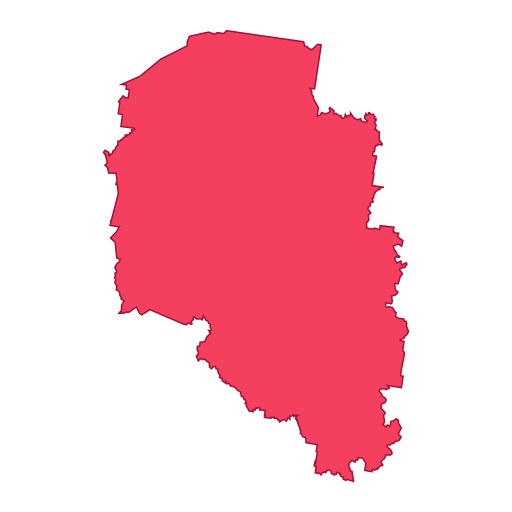 Dubbo, New South Wales, Australia (orthographic projection)
{"feature_id": "25037944B69125352721348", "entity_name": "Dubbo", "entity_type": "district", "adm_level": 2, "iso_a3": "AUS", "parent_name": "Australia", "parent_adm1": "New South Wales", "projection": "orthographic", "projection_center": [148.966, -32.475], "detail": "fine", "context": "isolated", "style": "filled", "palette": "rose", "viewbox_px": 512, "rotation_deg": 0, "n_neighbors": 0, "source": "geoboundaries", "source_scale": "gbopen_adm2", "svg_char_len": 6090}
<svg xmlns="http://www.w3.org/2000/svg" viewBox="0 0 512 512"><path d="M385.6,456.7L385.5,454.7L389.7,455.2L391.6,454.3L392.1,452.9L390.6,449.7L387.3,446.9L387.2,445.3L390.2,444.9L391.6,443.3L393.2,443.6L395.5,441.5L398.9,440.5L401.0,437.5L400.9,436.4L399.0,434.9L398.5,433.3L401.4,428.0L398.5,423.4L398.5,420.5L396.3,418.7L393.5,420.8L390.9,421.4L389.9,426.3L387.3,424.9L386.3,426.9L382.9,424.4L384.6,422.1L383.6,415.6L385.2,412.9L381.3,408.2L381.0,406.1L382.0,403.8L385.2,402.5L386.2,400.0L384.9,397.7L382.9,397.0L381.2,393.3L379.2,391.2L379.3,390.0L382.5,388.6L386.8,389.5L389.6,387.9L387.4,385.4L401.4,387.7L403.2,376.2L400.8,375.8L401.1,371.1L404.5,353.6L403.9,351.7L402.6,350.7L404.1,341.3L400.2,340.6L400.5,339.7L404.4,337.8L404.3,336.9L407.1,334.3L408.5,331.5L406.2,325.3L406.8,324.0L406.3,321.4L404.4,321.1L403.7,318.8L399.1,318.5L396.4,317.1L395.6,316.0L396.2,312.5L394.9,311.7L392.5,307.6L388.7,306.6L386.5,307.4L385.4,306.2L386.3,302.6L390.9,303.9L391.7,303.4L392.3,301.3L391.6,296.0L395.6,295.0L397.5,293.0L397.9,291.7L396.0,290.5L395.2,288.8L394.7,283.4L398.1,283.9L400.3,276.6L402.2,274.4L402.1,272.9L399.9,270.5L399.7,269.2L402.5,267.6L404.6,267.7L406.9,264.3L406.4,262.9L405.4,263.0L401.6,265.0L400.9,261.0L396.9,263.1L395.2,260.0L394.8,257.6L396.2,256.9L399.0,257.5L399.7,256.5L397.0,254.7L396.2,251.8L394.2,249.7L393.3,245.8L398.3,244.2L401.7,246.3L402.9,240.6L397.8,237.0L398.7,233.2L394.2,232.8L394.3,231.8L393.1,231.6L394.0,227.2L380.2,225.6L379.6,229.5L374.2,228.1L373.1,229.1L366.8,228.2L366.6,222.7L368.8,220.3L368.4,214.9L370.9,213.0L367.9,209.0L368.3,207.5L370.5,205.6L370.0,203.1L373.3,201.9L372.1,199.1L373.7,197.6L373.6,196.0L375.4,191.9L378.7,189.3L379.8,189.6L379.8,188.0L383.9,187.3L372.1,185.5L374.0,173.3L373.1,173.2L376.6,156.1L372.6,155.5L373.2,151.5L374.5,151.7L375.3,145.8L377.4,145.6L377.6,144.4L381.8,145.1L382.3,144.2L379.2,139.7L379.4,131.9L377.2,131.1L376.5,129.5L374.9,129.7L376.1,125.2L374.4,121.9L376.2,120.2L376.0,118.7L375.2,119.1L374.2,118.0L375.1,116.6L373.6,115.7L373.7,114.3L371.0,114.4L369.4,112.6L368.4,112.9L368.4,114.6L366.6,115.2L365.9,113.5L364.7,116.0L364.7,118.4L367.4,121.1L366.4,122.1L363.7,121.9L360.9,120.8L360.8,118.6L358.3,119.6L355.9,119.1L353.3,117.2L350.5,112.9L350.5,114.6L349.6,115.6L348.2,115.3L346.6,116.9L345.3,114.4L344.7,117.5L342.1,118.3L341.0,117.0L341.1,115.8L337.5,114.8L336.4,113.4L334.0,113.8L334.0,110.8L330.2,107.6L329.2,108.2L330.1,111.2L328.9,112.5L325.8,113.9L321.6,112.5L320.2,115.1L317.3,115.9L318.5,107.7L313.6,99.1L313.3,96.5L311.9,94.5L311.7,91.2L309.9,88.3L314.6,89.0L321.2,44.9L317.7,44.3L311.9,49.7L308.7,48.4L307.2,46.6L304.8,46.3L303.7,41.8L226.5,30.7L223.8,33.6L217.4,32.6L214.5,34.1L208.6,32.1L189.3,36.3L187.1,42.4L187.3,45.7L160.8,59.1L140.0,76.2L121.4,84.4L126.6,85.1L126.0,89.2L129.4,89.6L128.2,97.9L125.2,97.5L123.0,95.8L118.5,101.7L119.8,102.7L118.2,113.8L122.5,114.6L120.9,126.5L134.2,128.2L134.8,129.4L133.9,130.0L131.5,129.7L132.1,132.6L129.8,132.7L129.6,134.5L127.4,134.6L126.8,135.6L125.3,134.9L125.2,135.7L126.2,136.3L123.2,137.7L122.4,139.6L121.3,139.4L120.1,140.9L117.9,141.2L117.7,145.2L116.1,146.7L115.0,149.8L113.1,150.7L112.4,153.4L110.3,154.3L109.7,155.6L108.4,155.0L109.0,153.1L108.2,151.9L105.0,150.3L103.5,152.3L105.6,155.6L107.2,162.4L106.5,164.1L104.9,165.1L107.5,167.6L108.7,173.1L116.0,173.2L117.3,182.5L116.2,182.5L115.9,184.6L117.4,184.8L118.3,193.6L111.4,220.1L110.7,220.6L111.2,221.2L110.0,225.4L119.3,226.8L116.0,232.3L110.5,238.0L115.1,242.2L116.8,258.2L120.1,259.3L119.1,261.9L116.8,263.7L114.8,267.5L116.5,271.1L116.3,272.5L114.9,273.3L115.5,275.1L114.6,277.5L115.6,279.6L114.8,282.7L116.8,285.9L116.3,290.1L118.0,290.4L119.4,292.1L120.0,295.8L121.2,296.7L120.9,298.8L124.0,300.8L121.6,305.2L121.3,311.8L120.4,311.5L118.9,313.4L124.4,313.1L125.4,312.1L128.8,312.3L136.4,307.1L139.5,313.3L141.6,314.9L150.0,309.7L183.5,324.1L186.5,324.7L188.8,322.5L190.8,324.4L191.9,324.0L191.4,321.2L193.3,319.7L193.0,318.2L193.9,316.9L196.5,319.0L200.8,318.9L202.4,319.9L203.4,315.9L206.1,320.4L207.6,320.6L208.7,323.3L210.5,324.2L210.0,326.8L211.3,329.6L210.5,330.8L208.7,330.4L210.6,333.7L209.2,334.1L208.9,335.4L207.2,336.3L204.7,341.7L200.1,342.2L199.7,345.7L197.3,346.4L197.2,349.9L198.3,351.8L197.9,354.8L196.3,356.0L198.3,360.9L200.8,358.5L203.4,359.7L205.0,359.0L206.5,361.3L209.2,362.4L209.5,366.9L211.4,368.8L213.3,366.8L215.2,366.4L216.1,368.8L217.9,369.3L218.0,372.3L219.8,375.3L219.5,377.7L222.5,378.5L221.9,380.1L222.4,380.8L225.1,382.9L225.7,381.3L226.7,383.9L228.8,383.2L230.2,385.8L235.0,387.3L237.5,390.3L240.4,391.8L241.4,396.4L243.3,396.9L243.8,399.1L244.7,399.0L245.4,400.5L246.0,402.1L245.1,403.1L246.1,403.2L246.1,405.5L249.2,411.1L253.4,411.7L252.8,409.7L255.3,410.0L255.6,408.3L257.0,408.5L257.2,407.7L260.0,408.1L259.6,410.9L260.2,409.8L265.2,410.6L264.5,415.5L265.4,415.7L265.2,417.1L263.8,417.4L270.9,418.2L271.0,417.2L274.2,417.3L274.1,418.2L277.3,418.5L277.9,420.1L279.4,420.6L279.6,422.0L283.8,419.4L286.5,421.2L287.7,417.8L290.0,419.3L289.7,416.2L292.0,416.0L293.3,414.6L293.9,414.7L293.9,416.5L296.2,415.2L296.3,415.9L297.5,415.7L296.1,416.9L295.4,418.9L297.1,419.3L296.7,420.7L298.2,422.4L297.8,423.1L300.0,428.7L299.9,430.1L300.8,431.0L300.3,433.7L301.3,433.9L302.8,436.8L305.1,437.3L305.9,439.3L306.0,442.7L317.3,444.7L316.2,451.5L317.4,451.7L315.5,463.1L314.9,462.0L314.1,466.0L316.3,466.4L315.2,472.8L316.6,472.7L317.3,473.6L319.1,473.0L321.0,474.9L321.5,473.5L324.3,472.1L325.2,472.5L325.2,471.8L326.4,471.9L327.0,470.6L329.1,469.8L331.1,471.2L331.3,473.5L334.6,475.1L335.4,473.9L336.3,474.2L336.9,472.3L339.2,472.9L339.3,474.0L340.5,474.1L340.3,475.8L343.4,477.7L343.2,479.1L344.9,479.5L345.4,480.5L347.2,479.5L353.6,481.3L352.0,471.3L350.0,470.7L350.2,469.3L348.8,466.2L349.3,463.1L351.9,460.4L355.0,462.2L355.8,460.2L357.7,460.1L358.3,457.7L362.8,458.2L365.8,463.5L364.7,470.4L372.0,471.7L372.4,469.3L374.8,470.2L375.7,469.3L377.3,469.3L377.5,468.2L378.1,468.4L380.2,465.9L382.4,465.7L382.8,464.8L381.2,462.9L381.3,461.8L383.1,459.3L384.5,458.8L384.7,457.3L385.6,456.7Z" fill="#f43f5e" stroke="#9f1239" stroke-width="1.5"/></svg>